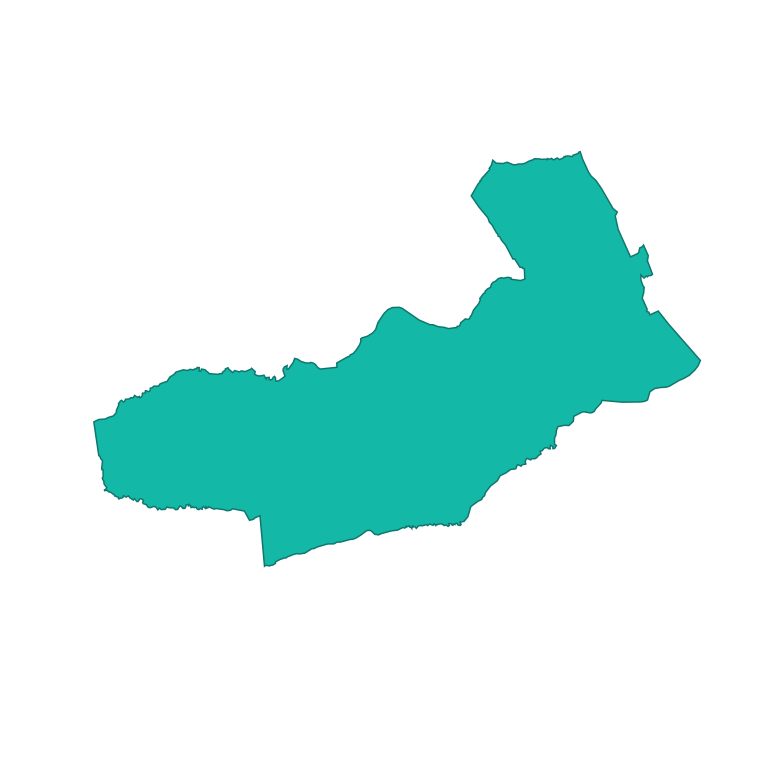 Beleti-Negresti, Arges, Romania, rotated 246°
{"feature_id": "2599482B55152385179350", "entity_name": "Beleti-Negresti", "entity_type": "district", "adm_level": 2, "iso_a3": "ROU", "parent_name": "Romania", "parent_adm1": "Arges", "projection": "orthographic", "projection_center": [25.074, 44.954], "detail": "fine", "context": "isolated", "style": "filled", "palette": "teal", "viewbox_px": 768, "rotation_deg": 246, "n_neighbors": 0, "source": "geoboundaries", "source_scale": "gbopen_adm2", "svg_char_len": 6144}
<svg xmlns="http://www.w3.org/2000/svg" viewBox="0 0 768 768"><g transform="rotate(246 384 384)"><path d="M516.5,657.7L516.5,656.1L515.6,655.0L516.1,649.9L515.2,648.5L517.7,644.5L518.2,642.5L517.8,641.8L518.5,641.1L517.7,639.9L517.5,635.8L520.0,634.2L519.8,630.0L522.0,628.8L521.9,626.9L523.5,624.9L522.6,624.2L523.8,622.8L525.4,618.7L526.3,617.8L528.6,612.9L528.1,610.0L528.5,609.6L528.6,607.0L528.3,603.1L528.6,600.2L530.4,596.0L530.6,593.8L531.7,591.3L536.5,586.7L537.0,582.4L540.1,576.3L544.2,574.4L540.0,570.9L538.2,567.8L537.3,568.1L536.7,567.4L531.8,556.4L530.7,555.4L530.5,554.4L530.0,554.7L528.6,551.5L520.4,540.2L506.8,542.8L493.5,546.5L488.9,546.1L485.3,547.4L476.5,548.2L474.5,548.9L472.6,548.4L471.4,549.6L467.3,549.9L461.4,551.6L445.7,552.6L445.3,554.2L435.3,555.7L434.1,557.8L433.0,557.9L432.3,559.1L422.5,555.3L423.0,550.8L428.0,542.7L429.1,543.2L431.0,540.8L432.2,536.0L433.4,534.4L433.8,531.3L432.6,528.0L432.5,524.7L431.4,522.6L429.0,520.7L428.7,516.9L427.6,514.2L426.0,512.9L426.2,511.7L423.2,506.3L421.6,506.2L418.8,503.1L415.2,496.0L410.9,491.5L410.7,490.4L409.1,489.1L408.8,487.1L410.4,484.8L410.1,483.7L408.8,479.0L406.2,476.7L406.9,474.3L406.0,473.5L408.4,465.4L411.2,462.1L414.4,456.7L418.1,453.0L419.6,450.0L428.1,442.1L445.7,431.4L447.8,429.2L450.4,422.9L450.4,417.9L448.4,412.7L442.7,403.6L437.1,398.5L435.2,394.4L434.4,388.0L435.1,382.6L434.7,381.1L431.9,379.9L429.6,377.5L426.1,372.1L424.4,368.2L424.3,365.0L423.3,363.7L423.6,361.7L422.4,349.4L418.4,347.8L423.6,331.8L426.1,330.1L429.5,329.4L432.0,327.8L433.6,325.6L433.6,323.9L435.4,320.7L438.4,317.3L441.8,315.2L443.7,312.8L440.7,310.0L436.6,302.9L436.9,301.3L437.5,301.3L440.2,303.0L440.1,300.0L438.9,298.1L437.1,297.2L431.3,296.7L429.7,289.1L430.6,286.3L434.0,287.4L435.5,287.1L435.3,285.7L433.6,283.4L434.4,281.0L436.8,281.8L437.6,279.4L436.5,278.3L440.8,278.0L442.0,273.3L443.6,271.2L445.7,269.7L447.6,271.4L452.2,269.4L451.7,268.5L451.8,262.2L453.9,259.3L454.0,256.6L457.0,253.1L455.9,250.4L461.3,248.0L462.3,248.1L462.3,245.2L461.4,244.9L460.4,241.1L459.3,240.5L460.2,238.3L460.3,236.4L464.4,228.8L469.9,226.2L471.9,223.3L470.3,221.9L471.1,220.3L474.1,221.9L475.1,220.0L474.2,219.0L474.8,216.8L474.3,215.9L476.3,212.7L476.2,210.1L478.6,206.4L479.5,198.8L478.2,196.1L477.4,191.1L474.4,186.6L474.9,184.9L475.2,179.5L473.7,177.0L475.6,173.1L474.9,170.7L475.2,168.8L473.2,167.7L472.7,166.7L472.9,165.7L474.8,163.8L474.8,163.1L473.1,162.5L473.2,160.8L473.9,159.9L473.7,159.4L471.6,158.5L470.5,156.1L471.1,154.9L472.1,155.4L472.4,153.1L475.0,151.6L473.4,149.2L474.5,147.2L474.0,145.1L475.2,141.7L473.6,139.9L473.7,138.6L475.9,137.5L475.6,136.1L474.0,133.4L472.9,133.3L468.6,128.7L466.8,127.9L464.9,123.8L465.6,118.2L465.4,115.0L467.6,109.0L467.4,103.5L434.5,94.3L433.5,95.1L431.0,94.8L428.5,95.7L421.6,91.7L420.5,91.4L419.9,92.4L413.4,89.7L412.7,88.4L410.8,88.2L410.1,88.7L406.1,87.6L402.3,88.6L401.0,87.1L400.9,85.5L400.2,85.4L399.6,87.6L397.3,88.7L396.7,90.0L392.2,92.6L391.2,92.5L388.7,95.2L387.1,94.8L386.7,95.8L387.1,96.6L386.4,98.4L386.6,99.5L387.8,100.6L385.6,102.4L385.7,105.1L383.5,105.5L379.9,107.8L380.7,109.4L377.1,110.5L376.7,111.5L378.3,114.3L378.1,115.4L375.7,117.0L373.9,115.3L372.6,115.4L370.5,117.8L367.2,118.5L366.0,120.3L365.8,124.3L363.8,125.7L361.0,126.2L361.9,128.3L359.9,129.4L358.5,133.0L359.9,135.8L358.5,137.2L356.3,141.5L354.0,142.4L353.5,143.7L353.4,144.5L355.4,147.4L355.0,148.9L352.5,149.5L352.8,150.1L351.6,150.5L351.5,151.9L354.0,154.2L353.4,156.8L352.2,155.8L351.7,157.9L349.7,157.4L349.2,158.6L349.5,159.2L348.3,160.3L348.0,162.0L345.5,162.6L344.5,163.8L345.1,165.2L343.6,166.9L345.1,167.7L345.5,169.1L342.6,170.5L342.9,171.6L343.8,171.7L342.4,172.6L343.2,173.8L338.8,177.8L338.5,180.0L334.1,187.0L332.1,189.0L331.1,192.2L331.6,194.9L324.7,204.8L314.2,205.7L313.5,209.5L314.3,212.3L314.0,217.1L266.1,200.7L266.4,202.4L264.3,205.6L264.3,207.4L263.8,208.7L264.3,211.9L265.6,212.4L266.0,217.7L265.6,221.9L264.9,224.1L265.4,225.3L265.1,231.8L264.5,235.2L263.0,238.0L261.7,242.9L262.9,251.3L262.1,252.9L262.3,256.4L261.1,265.6L260.7,267.7L258.3,273.3L258.7,276.7L257.3,280.0L255.9,289.2L254.8,293.0L254.7,296.1L255.5,301.9L257.0,308.0L256.9,309.5L255.6,312.3L250.5,314.4L248.4,317.7L248.4,320.8L246.8,331.0L245.0,337.0L245.2,343.0L244.1,344.1L244.2,346.4L244.9,346.4L244.1,347.8L244.1,349.6L242.6,349.4L242.1,350.3L240.8,350.6L241.5,350.9L241.4,352.1L242.6,352.3L240.9,354.2L239.0,354.8L240.4,357.9L239.5,360.8L238.9,361.1L238.3,365.5L236.9,366.2L237.5,368.6L235.0,371.4L236.0,372.8L233.6,373.7L234.3,374.8L233.9,374.9L233.4,378.5L232.2,380.4L230.2,381.3L230.2,383.1L227.9,384.7L228.2,386.2L230.1,386.4L228.8,388.9L227.8,388.7L226.9,389.5L227.6,390.5L226.7,391.7L227.4,392.4L227.0,394.0L225.0,394.3L223.8,396.0L224.3,397.3L226.9,397.2L225.9,401.2L228.7,406.7L236.7,413.4L238.6,421.8L238.8,426.2L240.3,427.9L241.0,430.4L243.6,432.5L247.5,439.9L249.5,448.2L253.0,452.8L253.2,459.2L254.4,465.1L252.9,469.9L255.7,472.7L255.7,473.6L253.2,475.8L253.8,476.5L253.9,478.1L253.2,481.0L255.8,481.5L257.4,483.2L257.9,484.5L255.1,487.0L255.6,488.9L254.4,491.2L254.5,493.4L255.8,495.9L256.2,499.0L259.1,499.3L258.8,501.4L260.3,504.5L259.5,507.1L257.5,508.5L257.2,509.6L259.4,510.2L260.2,511.4L258.0,512.8L256.3,512.0L255.7,513.6L257.7,516.5L259.6,515.3L265.2,517.8L267.5,520.3L271.7,522.8L274.3,525.5L272.9,531.9L270.9,536.1L272.9,541.8L277.3,544.2L277.8,553.8L277.0,555.8L273.6,560.8L273.2,563.0L273.6,565.3L274.9,566.6L278.4,574.7L280.4,576.4L270.5,594.3L263.3,611.0L262.2,614.9L262.2,618.2L268.7,623.7L269.6,628.3L269.7,629.8L268.5,634.6L266.4,640.4L265.9,643.4L267.2,654.7L267.2,660.5L267.8,666.5L270.1,673.1L272.7,678.1L276.8,682.6L323.4,668.2L339.1,664.2L339.0,655.1L342.0,655.1L343.4,653.4L345.2,654.8L357.4,654.8L361.7,658.3L366.5,661.0L368.9,660.5L374.6,661.0L379.1,663.0L375.0,664.7L375.9,667.4L374.8,668.2L375.3,669.6L374.5,672.4L375.0,673.9L388.3,674.7L388.7,674.3L393.7,677.6L405.4,677.6L404.3,675.8L404.3,673.0L400.8,670.4L400.0,669.1L399.9,660.9L430.0,660.8L443.5,663.6L446.2,667.1L451.1,664.6L473.8,662.2L483.7,660.4L489.6,657.8L494.4,657.0L508.8,656.9L516.5,657.7Z" fill="#14b8a6" stroke="#0f766e" stroke-width="1.5"/></g></svg>